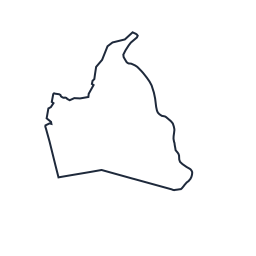 the district of Avelino Lopes, Piauí, Brazil, rotated 306°
{"feature_id": "56859067B19976074520340", "entity_name": "Avelino Lopes", "entity_type": "district", "adm_level": 2, "iso_a3": "BRA", "parent_name": "Brazil", "parent_adm1": "Piauí", "projection": "mercator", "projection_center": [-43.895, -10.208], "detail": "fine", "context": "isolated", "style": "outline", "palette": "slate", "viewbox_px": 256, "rotation_deg": 306, "n_neighbors": 0, "source": "geoboundaries", "source_scale": "gbopen_adm2", "svg_char_len": 1703}
<svg xmlns="http://www.w3.org/2000/svg" viewBox="0 0 256 256"><g transform="rotate(306 128 128)"><path d="M208.1,75.5L197.8,73.4L188.1,65.2L182.1,63.4L167.9,67.0L158.7,66.3L151.9,69.8L147.8,72.0L145.3,71.6L142.4,72.9L142.5,74.9L132.6,76.1L129.8,77.7L123.8,71.9L120.6,67.0L116.2,64.5L116.0,63.1L115.8,61.8L116.1,60.5L115.6,59.1L114.8,58.5L114.4,57.5L114.2,56.3L114.2,55.2L115.0,53.9L114.8,52.4L113.9,50.7L113.0,49.0L112.6,47.8L111.5,47.6L104.3,51.0L104.3,53.1L99.5,53.3L97.0,52.1L88.0,56.5L87.7,62.1L86.3,63.6L85.6,61.8L81.6,59.7L80.5,60.3L79.2,62.1L71.0,72.4L55.1,91.3L47.2,100.8L49.5,103.0L57.8,111.1L63.9,117.1L69.2,122.3L78.5,131.3L89.8,161.6L90.4,163.1L104.0,199.3L104.4,200.9L104.9,201.9L105.7,202.6L107.3,204.3L108.8,205.8L109.6,206.7L110.8,207.0L112.1,207.1L113.7,207.2L115.1,207.2L118.5,207.5L120.7,208.2L122.3,208.3L123.4,208.4L124.8,208.2L125.8,208.0L126.9,207.6L128.1,207.1L129.1,206.5L130.0,205.9L130.8,204.6L131.3,203.0L131.3,201.9L130.9,198.3L130.8,193.2L131.2,190.0L132.6,188.0L135.7,185.5L136.7,184.1L137.2,182.8L138.0,179.6L139.7,177.9L140.9,176.6L141.9,175.6L143.2,174.4L143.9,173.4L145.1,172.1L146.1,171.1L148.2,169.7L151.2,168.1L153.5,166.8L154.4,166.1L156.2,164.1L158.0,161.6L158.7,158.9L159.2,152.5L159.1,151.2L158.5,149.8L157.7,148.2L157.6,145.3L158.0,143.1L159.1,141.2L161.6,138.4L167.8,132.6L171.8,128.2L176.3,122.1L178.2,118.2L179.7,113.9L181.4,107.9L182.0,105.1L182.2,103.8L182.5,102.2L182.9,99.6L182.8,97.1L182.4,95.0L181.9,92.7L180.6,90.6L180.4,89.4L180.5,88.1L181.0,86.9L181.9,84.8L182.8,82.8L184.6,81.1L188.3,80.5L189.8,80.3L195.3,80.0L198.8,80.1L206.5,82.0L208.4,81.6L208.8,80.2L208.8,78.9L208.3,76.6L208.1,75.5Z" fill="none" stroke="#1e293b" stroke-width="2"/></g></svg>